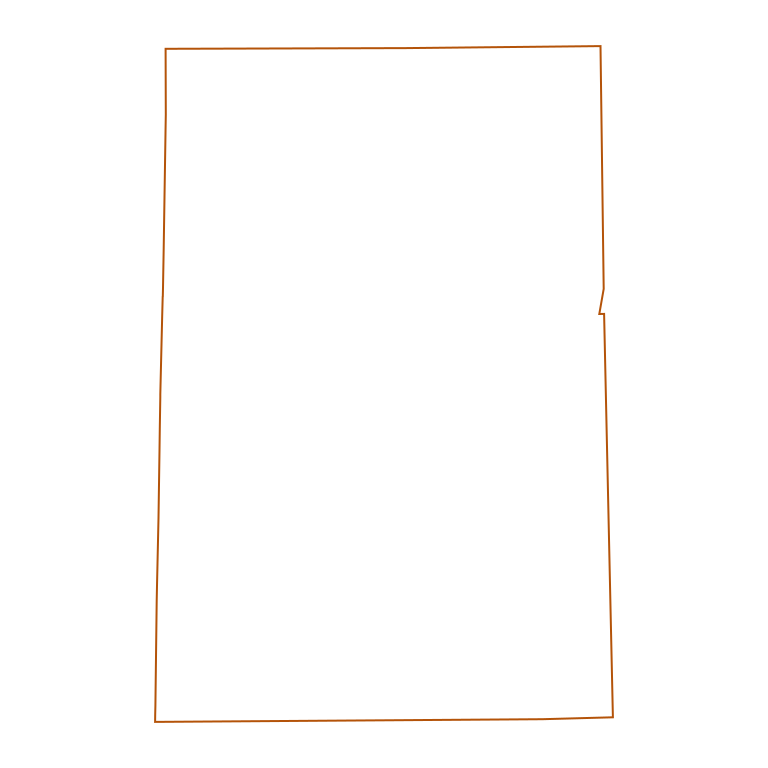 Darke, Ohio, United States of America (Albers equal-area conic projection)
{"feature_id": "52423323B38982554043434", "entity_name": "Darke", "entity_type": "district", "adm_level": 2, "iso_a3": "USA", "parent_name": "United States of America", "parent_adm1": "Ohio", "projection": "albers", "projection_center": [-84.709, 40.136], "detail": "fine", "context": "isolated", "style": "outline", "palette": "amber", "viewbox_px": 768, "rotation_deg": 0, "n_neighbors": 0, "source": "geoboundaries", "source_scale": "gbopen_adm2", "svg_char_len": 448}
<svg xmlns="http://www.w3.org/2000/svg" viewBox="0 0 768 768"><path d="M603.7,288.9L600.5,46.1L406.4,48.1L165.6,48.8L165.8,114.7L165.6,126.5L163.7,248.2L163.0,287.8L162.8,296.6L162.7,296.7L162.2,315.4L160.3,394.4L160.3,397.5L159.8,428.0L159.5,450.5L158.5,518.0L158.0,540.8L157.0,585.8L156.7,600.8L155.4,705.8L155.2,714.4L155.1,721.9L542.5,719.2L612.9,717.3L604.1,313.9L599.3,314.0L603.7,288.9Z" fill="none" stroke="#b45309" stroke-width="2"/></svg>